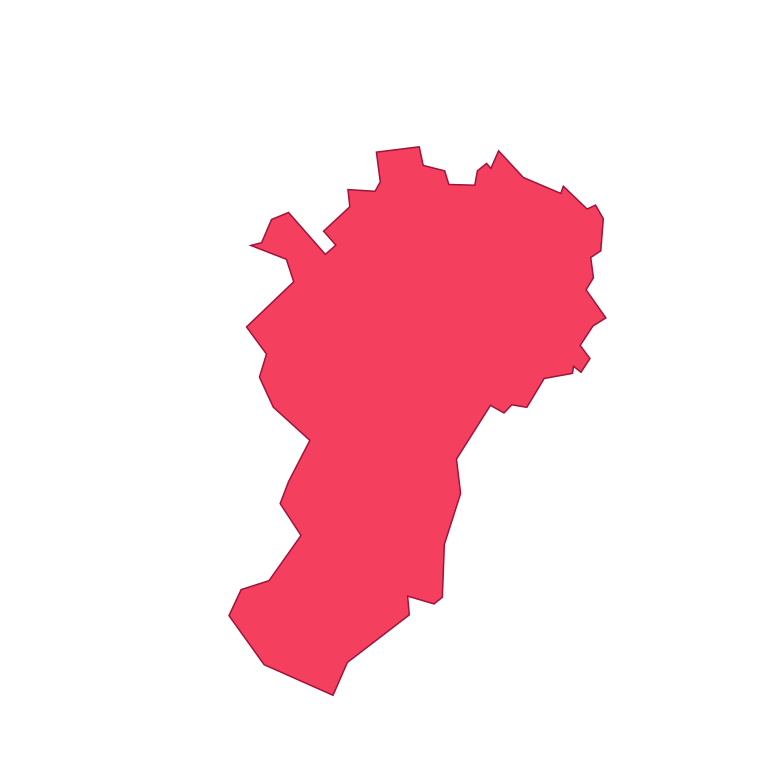 the district of Krivogashtani, Krivogaštani, North Macedonia, rotated 228°
{"feature_id": "65306769B57810703972123", "entity_name": "Krivogashtani", "entity_type": "district", "adm_level": 2, "iso_a3": "MKD", "parent_name": "North Macedonia", "parent_adm1": "Krivogaštani", "projection": "robinson", "projection_center": [21.369, 41.324], "detail": "fine", "context": "isolated", "style": "filled", "palette": "rose", "viewbox_px": 768, "rotation_deg": 228, "n_neighbors": 0, "source": "geoboundaries", "source_scale": "gbopen_adm2", "svg_char_len": 975}
<svg xmlns="http://www.w3.org/2000/svg" viewBox="0 0 768 768"><g transform="rotate(228 384 384)"><path d="M186.8,137.8L201.6,170.5L195.5,248.3L210.5,259.6L187.1,274.0L186.5,284.7L224.4,321.5L251.3,367.6L279.7,387.6L296.9,448.8L282.2,453.8L283.0,465.1L271.1,474.5L280.9,506.7L265.8,531.2L270.3,536.7L260.9,538.2L265.1,554.1L281.4,555.6L287.3,578.0L284.7,593.1L318.8,597.2L322.8,610.7L339.7,622.3L337.9,634.2L360.1,657.6L375.4,660.9L378.1,652.0L411.0,649.6L407.3,642.9L444.3,625.7L480.6,625.2L472.7,607.7L479.3,607.8L479.9,596.0L471.0,584.5L488.9,565.7L501.8,571.7L520.2,559.4L536.7,568.9L561.4,533.5L536.7,516.5L533.2,506.3L552.6,487.3L538.6,477.2L538.0,441.4L519.4,441.1L519.6,427.1L575.4,427.8L581.5,410.5L570.9,387.6L576.1,377.7L542.0,394.9L520.4,385.3L518.4,320.0L484.9,316.7L472.4,296.0L440.8,286.2L391.7,291.2L375.4,247.9L364.6,226.8L327.0,221.0L314.8,167.0L326.8,140.3L315.6,113.8L255.6,107.1L186.8,137.8Z" fill="#f43f5e" stroke="#9f1239" stroke-width="1.5"/></g></svg>